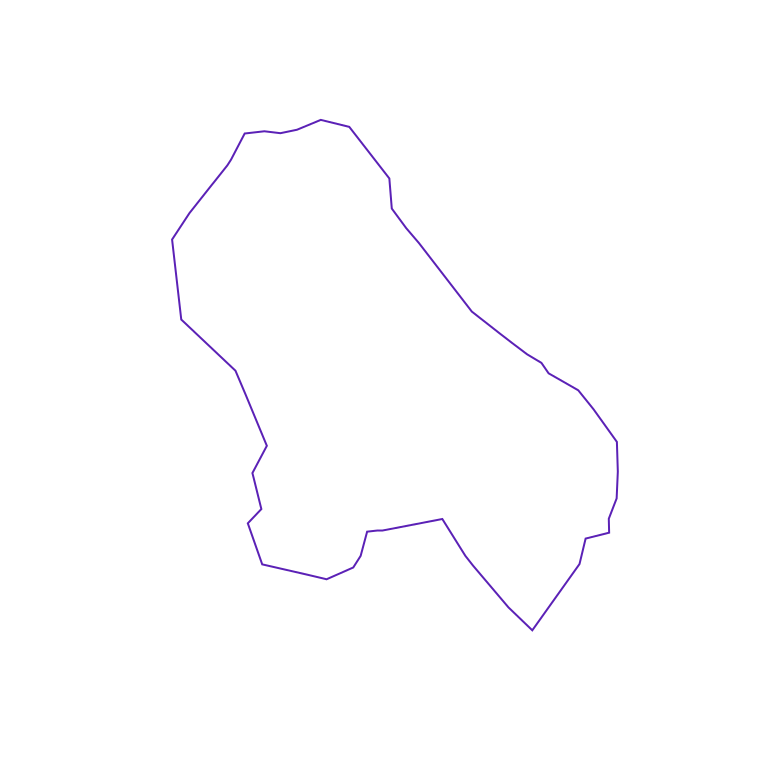 O'lziit, Dundgovi, Mongolia, rotated 245°
{"feature_id": "93677404B68241634882173", "entity_name": "O'lziit", "entity_type": "district", "adm_level": 2, "iso_a3": "MNG", "parent_name": "Mongolia", "parent_adm1": "Dundgovi", "projection": "robinson", "projection_center": [106.642, 44.794], "detail": "fine", "context": "isolated", "style": "outline", "palette": "violet", "viewbox_px": 768, "rotation_deg": 245, "n_neighbors": 0, "source": "geoboundaries", "source_scale": "gbopen_adm2", "svg_char_len": 837}
<svg xmlns="http://www.w3.org/2000/svg" viewBox="0 0 768 768"><g transform="rotate(245 384 384)"><path d="M296.2,557.4L324.1,537.7L336.6,535.6L350.5,526.2L366.9,517.5L381.0,510.2L412.5,494.2L497.1,475.2L515.8,470.0L539.7,465.2L568.0,475.7L631.7,461.2L650.1,438.3L651.2,412.6L655.1,396.1L663.6,382.4L669.9,363.6L652.0,340.2L648.4,334.5L639.0,315.7L637.2,312.0L621.1,279.9L604.5,253.0L530.5,228.3L528.1,227.5L458.8,255.0L433.0,254.1L377.5,251.7L358.9,227.1L354.1,226.2L322.5,220.0L315.3,201.7L272.0,197.4L258.3,215.0L242.4,235.4L232.3,248.2L231.3,249.4L230.7,278.6L238.1,290.2L257.3,306.3L254.0,316.1L251.9,320.5L237.0,379.8L193.9,385.1L181.9,387.9L128.9,402.4L98.1,414.3L138.2,485.1L158.7,501.4L154.1,525.2L166.9,530.8L182.0,546.5L205.8,558.9L233.1,570.6L272.6,563.2L296.2,557.4Z" fill="none" stroke="#5b21b6" stroke-width="2"/></g></svg>